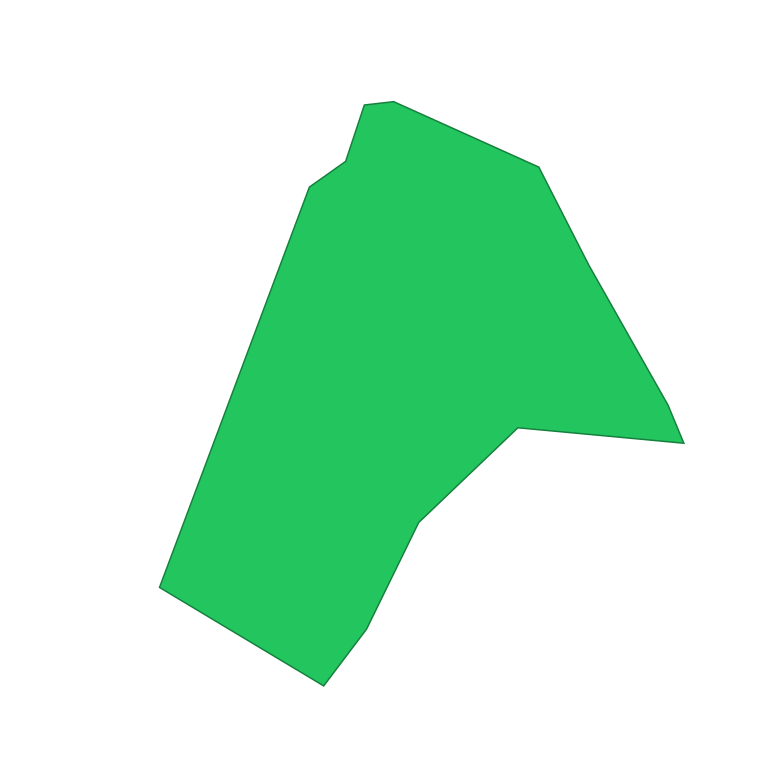 Compar, Soufrière, Saint Lucia (Natural Earth projection), rotated 164°
{"feature_id": "8701671B4982354038174", "entity_name": "Compar", "entity_type": "district", "adm_level": 2, "iso_a3": "LCA", "parent_name": "Saint Lucia", "parent_adm1": "Soufrière", "projection": "natural_earth1", "projection_center": [-61.059, 13.836], "detail": "fine", "context": "isolated", "style": "filled", "palette": "green", "viewbox_px": 768, "rotation_deg": 164, "n_neighbors": 0, "source": "geoboundaries", "source_scale": "gbopen_adm2", "svg_char_len": 399}
<svg xmlns="http://www.w3.org/2000/svg" viewBox="0 0 768 768"><g transform="rotate(164 384 384)"><path d="M525.2,110.4L468.3,153.2L388.8,241.3L267.4,305.0L112.1,244.4L116.8,285.4L154.4,442.1L175.4,549.8L294.6,650.8L296.7,652.7L321.1,656.8L326.0,657.6L334.6,645.0L359.5,608.6L389.6,598.0L401.4,593.9L566.3,371.2L655.9,250.3L525.2,110.4Z" fill="#22c55e" stroke="#15803d" stroke-width="1.5"/></g></svg>